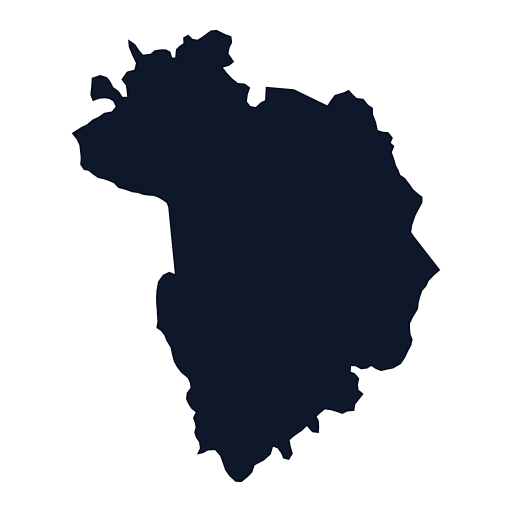 the district of Xanxerê, Santa Catarina, Brazil
{"feature_id": "56859067B35284649743550", "entity_name": "Xanxerê", "entity_type": "district", "adm_level": 2, "iso_a3": "BRA", "parent_name": "Brazil", "parent_adm1": "Santa Catarina", "projection": "orthographic", "projection_center": [-52.422, -26.88], "detail": "fine", "context": "isolated", "style": "filled", "palette": "ink", "viewbox_px": 512, "rotation_deg": 0, "n_neighbors": 0, "source": "geoboundaries", "source_scale": "gbopen_adm2", "svg_char_len": 2951}
<svg xmlns="http://www.w3.org/2000/svg" viewBox="0 0 512 512"><path d="M251.6,472.0L254.0,464.8L263.2,460.0L270.1,454.0L272.5,445.7L278.0,447.6L281.8,453.0L283.8,457.8L288.6,459.1L292.0,453.5L290.0,446.6L288.8,439.8L293.1,436.1L297.2,433.0L301.3,430.4L306.9,424.9L312.6,431.5L318.1,432.2L318.4,426.8L318.1,421.2L315.7,416.3L319.6,412.7L324.6,408.6L330.8,409.4L337.3,411.3L342.3,413.1L347.2,410.7L353.6,410.2L354.6,404.0L358.4,399.2L362.5,394.0L357.7,390.0L357.2,384.4L358.4,378.7L354.4,373.9L349.8,372.2L350.5,365.2L355.8,365.5L361.1,368.5L366.7,367.9L371.4,365.0L375.9,368.2L381.0,370.3L386.1,369.1L393.0,367.7L400.4,363.4L404.6,357.1L407.7,350.4L410.7,344.8L411.8,339.4L409.9,334.8L409.3,329.4L409.2,323.5L412.4,316.8L417.3,308.7L418.0,302.2L419.3,297.1L421.5,290.6L425.8,285.6L428.1,280.4L433.2,275.1L439.2,269.9L413.8,237.3L410.4,232.3L411.4,225.4L413.3,219.6L415.0,214.9L418.6,208.0L421.7,202.4L421.7,197.2L417.4,194.0L412.8,190.0L409.3,185.0L404.5,178.6L399.6,175.4L398.0,170.8L395.3,165.7L393.7,159.8L391.0,152.3L393.5,146.3L389.8,143.0L392.0,138.0L387.9,132.9L382.8,132.5L377.1,130.7L375.4,122.6L372.3,114.5L372.1,108.3L367.5,105.2L362.9,99.5L356.4,98.8L352.3,94.9L348.6,90.8L344.6,92.8L335.1,95.7L331.2,101.0L327.6,106.4L293.7,90.0L266.5,87.6L265.8,100.7L261.3,102.9L256.0,107.9L249.9,106.7L246.1,101.8L247.0,94.5L249.3,87.8L244.4,84.3L237.5,83.7L231.7,79.0L226.0,73.0L221.6,67.0L228.6,65.2L233.2,61.7L227.6,53.6L229.0,47.1L231.4,42.4L230.7,36.9L225.5,35.0L221.4,33.1L216.6,30.7L211.1,31.2L206.9,34.2L202.6,37.4L197.6,40.5L192.2,39.6L188.2,35.6L183.9,38.0L184.3,43.6L180.4,46.2L176.7,49.6L175.9,58.4L171.5,58.2L169.8,52.2L165.6,50.1L160.6,50.1L155.0,51.0L150.9,54.5L142.7,55.5L138.8,51.0L134.6,44.8L129.0,40.9L129.5,46.7L133.1,55.5L136.8,63.1L135.0,70.3L127.4,72.3L122.3,79.5L126.6,85.1L127.4,90.8L128.1,97.5L122.1,97.6L118.2,91.6L112.7,87.6L109.6,81.7L106.7,77.9L100.4,75.8L92.5,78.4L92.0,86.3L91.1,94.6L93.2,100.2L98.6,98.1L104.5,97.5L109.3,98.1L113.8,100.7L116.6,106.7L112.3,112.1L104.6,113.5L98.8,117.5L93.0,120.2L87.3,125.0L81.2,128.0L72.8,133.4L77.2,138.8L80.1,145.0L80.8,151.2L81.5,157.6L81.0,164.4L84.2,169.2L89.0,170.2L93.0,173.6L98.5,177.3L104.3,178.6L109.1,180.3L114.5,182.6L118.6,187.2L125.7,189.1L132.4,191.5L138.4,192.3L142.7,193.9L147.3,194.7L153.3,195.1L157.6,196.4L162.8,199.3L167.3,202.5L169.0,207.1L169.7,214.4L175.7,275.2L169.3,272.6L163.3,275.5L158.7,282.0L157.2,290.6L156.8,298.1L157.0,304.4L157.5,309.5L157.7,314.8L158.2,321.1L157.2,327.6L161.3,330.2L165.0,335.0L167.1,340.4L171.3,347.4L172.8,354.6L174.6,361.4L177.4,366.5L181.6,372.0L188.3,377.6L190.4,382.1L191.4,387.8L187.5,393.1L186.8,398.9L189.0,403.7L192.0,408.3L196.7,412.0L193.8,417.9L195.5,422.5L196.4,427.5L195.0,432.2L196.4,436.8L199.8,442.1L200.7,448.4L198.3,453.5L203.5,452.2L207.3,449.8L215.3,449.3L220.9,455.7L223.1,461.9L225.9,469.9L229.7,475.3L235.8,481.0L241.3,481.3L248.2,475.6L251.6,472.0Z" fill="#0f172a" stroke="#020617" stroke-width="1.5"/></svg>